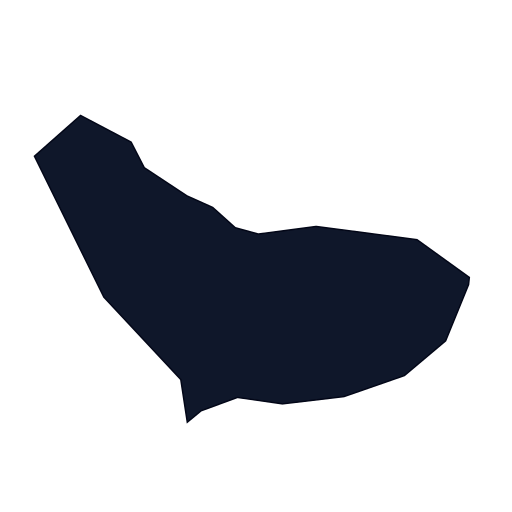 an SVG outline of Kungota, rotated 174°
{"feature_id": "SVN-959", "entity_name": "Kungota", "entity_type": "Municipality", "adm_level": 1, "iso_a3": "SVN", "parent_name": "Slovenia", "parent_adm1": "", "projection": "equal_earth", "projection_center": [15.594, 46.636], "detail": "fine", "context": "isolated", "style": "filled", "palette": "ink", "viewbox_px": 512, "rotation_deg": 174, "n_neighbors": 0, "source": "natural_earth", "source_scale": "10m", "svg_char_len": 430}
<svg xmlns="http://www.w3.org/2000/svg" viewBox="0 0 512 512"><g transform="rotate(174 256 256)"><path d="M289.2,117.3L326.8,107.8L341.7,97.9L343.7,141.0L411.6,231.0L465.9,378.4L415.8,414.1L368.3,382.3L357.9,355.5L318.4,323.0L294.0,308.8L273.7,286.3L251.5,277.6L193.1,279.1L94.2,255.4L46.1,212.4L47.6,205.3L76.3,151.8L120.9,121.6L183.2,107.0L245.2,106.2L289.2,117.3Z" fill="#0f172a" stroke="#020617" stroke-width="1.5"/></g></svg>